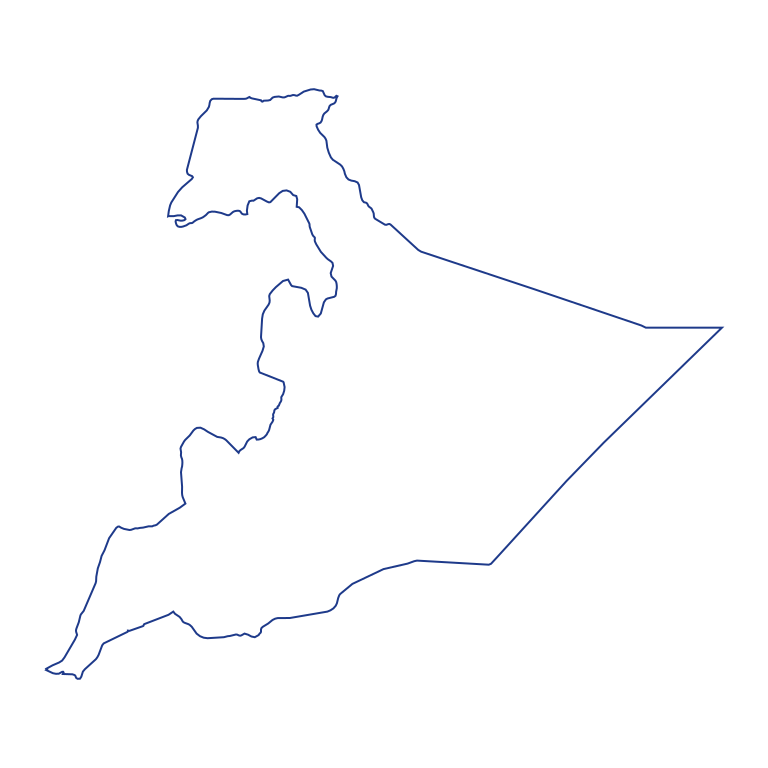 the Administrative State of Somali
{"feature_id": "ETH-3134", "entity_name": "Somali", "entity_type": "Administrative State", "adm_level": 1, "iso_a3": "ETH", "parent_name": "Ethiopia", "parent_adm1": "", "projection": "mercator", "projection_center": [42.488, 7.246], "detail": "fine", "context": "isolated", "style": "outline", "palette": "blue", "viewbox_px": 768, "rotation_deg": 0, "n_neighbors": 0, "source": "natural_earth", "source_scale": "10m", "svg_char_len": 6046}
<svg xmlns="http://www.w3.org/2000/svg" viewBox="0 0 768 768"><path d="M721.9,327.7L603.7,442.7L566.6,480.9L497.0,557.3L491.0,563.8L488.8,564.7L417.0,560.6L414.2,561.2L407.6,563.6L383.5,569.1L352.4,583.9L340.3,593.9L339.7,594.6L339.2,595.4L338.2,598.0L336.9,603.3L335.7,605.8L333.4,608.4L330.5,610.3L327.4,611.6L289.9,618.0L277.6,618.1L275.1,618.7L272.5,620.0L268.2,623.5L262.8,626.8L261.5,628.0L261.0,629.4L261.0,631.8L260.6,632.7L259.6,633.6L258.6,635.1L254.8,637.2L251.4,636.5L248.1,634.7L244.5,633.6L241.3,635.4L240.2,635.7L239.1,635.5L237.1,634.6L235.9,634.5L229.8,636.0L227.7,636.2L223.9,637.2L207.6,638.2L203.7,637.7L200.0,636.2L196.6,633.6L191.7,626.7L189.7,624.9L188.5,624.2L184.9,622.9L183.5,622.2L182.7,621.4L181.4,619.1L179.6,616.9L175.0,613.8L173.3,611.6L168.5,614.8L144.3,624.1L143.9,624.5L143.5,625.7L143.0,626.1L129.3,630.9L129.1,630.9L128.7,630.7L127.9,630.6L127.9,630.9L127.9,631.4L127.6,631.8L103.7,643.4L102.2,645.3L98.6,654.9L97.3,657.3L95.9,659.2L84.9,669.2L82.9,671.6L81.3,676.7L80.0,678.7L77.6,678.8L76.3,678.0L75.8,677.0L75.4,675.9L74.7,675.1L72.4,674.3L62.9,674.0L63.6,672.6L63.2,671.8L62.2,671.8L58.8,673.7L55.9,673.8L52.9,673.2L46.1,670.0L47.0,669.2L46.4,668.7L52.6,665.3L59.1,662.5L62.1,660.6L64.5,657.4L74.9,639.6L77.1,634.9L76.1,631.7L76.0,630.2L76.4,628.6L78.8,622.2L80.4,615.5L80.9,614.4L83.7,610.9L95.6,583.2L96.1,581.2L96.3,576.7L97.8,568.4L100.0,562.1L101.6,555.9L104.5,550.3L109.1,538.2L116.3,527.8L118.0,526.6L119.1,526.5L121.3,527.8L124.0,528.9L129.5,530.0L131.1,529.8L135.0,528.4L135.6,528.3L137.6,528.4L139.9,527.9L143.1,527.6L148.7,526.3L152.3,526.3L152.9,526.0L153.5,525.7L155.4,525.3L156.8,524.7L168.8,513.9L179.8,507.7L185.4,503.6L182.7,497.1L182.2,495.1L182.0,492.9L182.1,486.8L181.0,472.2L181.6,468.3L182.1,466.4L182.3,464.4L182.4,462.5L182.3,460.5L182.0,458.9L181.3,457.2L180.9,455.4L181.1,452.2L180.5,448.6L181.0,446.9L184.0,441.5L185.2,439.9L189.7,435.5L193.4,430.5L195.0,429.0L196.9,427.9L200.5,427.7L204.2,429.4L207.8,431.8L217.2,436.9L221.0,437.5L222.9,438.1L224.6,439.0L226.2,440.2L238.6,452.8L239.4,451.1L240.6,450.0L243.5,448.1L244.6,446.7L247.2,441.5L249.3,439.3L252.6,437.4L255.6,437.1L256.7,439.6L258.6,439.5L260.4,439.1L262.1,438.4L263.7,437.5L264.3,437.1L266.2,435.1L266.8,434.3L267.2,433.6L267.4,433.0L268.4,431.5L269.1,430.0L270.5,424.7L272.6,421.6L273.3,419.8L272.5,418.4L273.2,417.4L273.3,416.6L273.1,414.9L273.2,414.1L273.9,412.8L274.1,412.3L274.4,410.3L275.2,409.2L277.7,407.9L277.5,406.9L277.9,406.3L278.4,405.9L278.7,405.5L278.9,405.5L279.8,403.1L280.8,401.6L281.2,400.7L281.4,399.7L281.3,398.0L281.3,397.2L281.6,396.6L283.1,394.2L284.2,390.7L284.6,387.1L283.6,382.3L283.1,381.7L259.8,372.5L259.1,371.4L258.5,369.1L257.8,365.0L257.7,363.3L257.9,361.8L259.0,358.7L262.5,350.8L263.8,346.5L263.3,343.2L262.0,340.9L261.3,339.1L261.0,337.2L262.1,318.6L262.8,314.3L264.4,310.6L268.6,304.6L269.5,302.5L269.7,300.5L269.2,296.0L269.8,294.1L272.7,290.4L275.9,287.1L283.0,281.0L288.1,279.6L291.1,285.1L292.1,286.1L301.3,287.8L305.6,289.6L307.9,292.9L310.1,305.7L311.4,309.7L313.3,313.3L315.5,316.1L318.1,316.6L320.8,313.5L323.9,302.3L325.9,299.4L327.5,298.5L334.2,296.8L335.5,295.8L336.0,294.0L336.1,291.9L336.8,288.2L336.8,286.1L336.6,284.0L336.2,282.1L335.4,280.6L331.5,276.6L330.7,273.1L333.1,265.9L332.5,262.9L331.1,261.5L327.7,259.1L326.2,257.7L320.9,251.9L316.3,244.4L314.9,241.4L314.7,240.0L314.9,237.9L314.6,237.3L313.2,235.9L312.3,234.4L309.8,227.1L309.6,225.9L309.5,224.2L309.3,223.5L304.4,213.7L301.9,210.1L299.1,207.3L296.7,206.8L297.2,199.3L296.3,196.0L293.2,195.1L290.3,191.8L286.6,190.4L282.7,190.9L279.2,193.2L270.4,202.1L269.0,202.4L267.0,201.6L261.1,198.4L259.1,197.9L257.2,198.3L253.5,200.7L252.0,200.6L249.3,201.3L247.6,205.5L246.9,210.7L247.3,214.1L245.4,214.5L243.4,214.4L241.8,213.6L240.7,212.0L239.7,211.0L238.0,210.7L236.1,210.9L234.3,211.3L232.8,212.1L230.1,214.5L228.8,215.2L227.1,215.1L221.3,213.0L215.0,211.7L211.8,211.6L208.8,212.3L208.0,212.9L206.0,215.0L204.3,216.3L202.7,217.4L200.9,218.2L197.3,219.5L195.7,220.4L194.2,221.4L192.8,222.6L192.1,223.0L191.3,223.1L190.4,223.1L189.6,223.3L188.8,223.7L186.4,225.3L183.1,226.5L181.2,226.9L179.6,226.9L177.9,226.4L176.8,225.3L176.1,223.7L175.6,221.7L175.9,220.2L177.3,220.0L180.7,220.7L182.6,220.6L184.5,220.1L185.5,219.1L184.8,217.5L181.1,215.4L177.6,215.4L173.9,216.1L169.6,216.1L168.8,216.0L168.1,216.3L168.8,211.0L170.1,205.4L171.3,202.5L178.0,192.0L182.2,187.3L191.8,179.0L192.9,177.3L192.2,176.2L188.9,174.8L187.6,173.7L187.0,171.8L186.9,169.9L197.9,127.8L197.9,125.7L197.4,122.5L197.6,121.0L198.3,119.4L200.9,116.2L206.8,110.4L208.9,106.9L209.4,104.9L209.7,102.8L210.3,100.8L211.8,99.2L213.5,98.7L243.8,98.9L246.0,98.7L247.4,98.1L248.7,97.3L249.6,97.0L250.1,97.7L252.0,98.4L261.0,100.3L261.2,100.7L261.4,101.1L261.9,101.5L262.6,101.6L263.0,101.3L263.3,100.9L263.8,100.7L268.1,100.5L270.2,100.0L272.6,97.6L274.6,96.9L278.8,96.5L282.7,97.4L284.2,97.4L285.2,97.1L287.9,95.9L288.5,95.8L289.9,95.9L290.6,95.8L293.0,95.0L294.8,95.2L295.9,95.6L297.1,95.7L298.7,94.9L303.8,91.6L310.6,89.5L314.1,89.2L319.5,90.5L321.3,90.6L322.8,91.1L324.7,95.3L326.0,96.4L327.7,96.8L330.8,97.1L332.7,97.7L333.7,97.8L334.8,97.4L335.6,96.5L336.4,95.8L337.5,96.3L336.6,97.9L335.8,101.1L335.2,102.4L334.0,103.5L330.8,104.8L329.6,106.0L329.0,107.6L328.7,108.8L328.2,110.0L327.0,111.3L324.3,113.5L323.4,114.8L322.7,116.6L322.0,119.8L321.4,121.3L320.5,122.6L319.0,123.4L317.5,123.9L316.5,124.6L316.6,126.3L318.1,129.7L320.2,132.9L324.4,137.0L325.5,138.6L326.4,140.7L327.3,147.7L328.8,152.7L330.9,157.4L332.9,159.8L340.2,164.6L342.0,166.4L343.3,168.7L344.3,171.2L344.9,173.8L346.4,177.3L348.5,179.5L351.3,180.6L354.7,181.2L357.6,182.5L359.0,185.0L361.2,197.3L362.3,200.3L363.9,202.2L366.0,202.7L366.6,203.0L367.3,203.8L368.1,205.4L368.6,206.3L369.3,206.9L370.8,208.0L371.5,208.6L373.2,212.1L373.7,213.5L373.9,216.1L374.2,217.6L375.2,218.8L385.0,224.7L386.4,224.8L388.3,224.1L389.5,224.0L390.6,224.6L418.2,249.9L421.2,251.7L534.5,289.3L553.7,295.8L641.4,325.5L645.9,327.7L721.9,327.7Z" fill="none" stroke="#1e3a8a" stroke-width="2"/></svg>